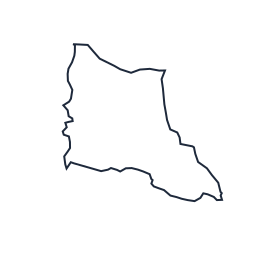 Fyti, Paphos, Cyprus, rotated 163°
{"feature_id": "46923920B41172680844699", "entity_name": "Fyti", "entity_type": "district", "adm_level": 2, "iso_a3": "CYP", "parent_name": "Cyprus", "parent_adm1": "Paphos", "projection": "orthographic", "projection_center": [32.544, 34.932], "detail": "fine", "context": "isolated", "style": "outline", "palette": "slate", "viewbox_px": 256, "rotation_deg": 163, "n_neighbors": 0, "source": "geoboundaries", "source_scale": "gbopen_adm2", "svg_char_len": 1174}
<svg xmlns="http://www.w3.org/2000/svg" viewBox="0 0 256 256"><g transform="rotate(163 128 128)"><path d="M57.4,38.3L58.2,39.9L57.7,49.3L61.5,58.4L64.3,66.4L70.9,75.0L71.2,83.6L70.6,90.2L71.7,91.6L82.5,97.4L81.4,103.8L82.2,109.3L88.0,114.3L88.3,124.3L87.4,130.9L86.3,140.0L83.0,155.8L81.6,164.9L75.8,172.2L81.4,173.8L89.9,178.2L99.5,180.4L108.9,179.9L118.3,186.5L123.0,191.5L134.8,202.6L138.9,211.7L142.2,219.2L150.1,222.1L156.0,224.2L154.5,222.8L156.6,216.3L158.2,212.8L162.3,207.2L167.6,202.1L169.9,197.4L171.7,190.6L170.9,186.5L170.1,180.7L174.0,172.7L176.6,170.4L183.2,168.6L180.5,162.6L181.3,156.6L178.5,153.5L178.9,150.8L183.1,151.2L186.4,151.3L186.4,146.6L191.4,143.8L191.4,140.4L187.0,137.2L187.6,131.6L189.3,125.8L192.7,123.0L197.3,119.5L198.6,111.6L198.6,107.2L192.7,112.0L190.0,110.0L175.8,100.8L166.3,94.6L159.3,94.0L156.0,94.7L150.7,91.1L148.2,88.7L141.9,90.1L136.2,88.6L130.7,85.3L126.2,82.0L120.8,77.5L120.6,72.4L119.7,71.0L121.9,68.0L120.4,64.6L116.5,61.6L111.7,58.1L107.2,51.0L101.7,47.7L97.3,44.6L92.0,41.6L85.7,38.6L79.2,40.0L75.1,43.5L71.2,41.3L66.1,37.0L64.1,33.1L59.1,31.8L59.1,36.4L57.4,38.3Z" fill="none" stroke="#1e293b" stroke-width="2"/></g></svg>